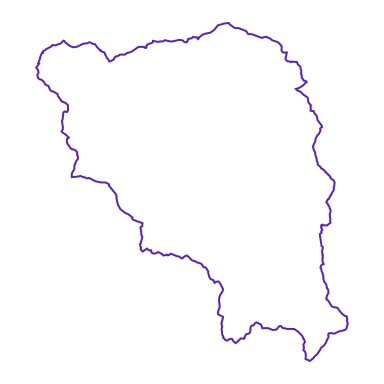 Zlatna, Alba, Romania (orthographic projection)
{"feature_id": "2599482B73731992881180", "entity_name": "Zlatna", "entity_type": "district", "adm_level": 2, "iso_a3": "ROU", "parent_name": "Romania", "parent_adm1": "Alba", "projection": "orthographic", "projection_center": [23.215, 46.13], "detail": "fine", "context": "isolated", "style": "outline", "palette": "violet", "viewbox_px": 384, "rotation_deg": 0, "n_neighbors": 0, "source": "geoboundaries", "source_scale": "gbopen_adm2", "svg_char_len": 5875}
<svg xmlns="http://www.w3.org/2000/svg" viewBox="0 0 384 384"><path d="M309.8,361.0L313.2,358.3L314.6,356.5L317.3,354.1L319.9,350.2L320.8,348.2L323.9,345.5L326.0,342.7L326.9,340.3L328.6,336.9L328.2,334.5L328.7,333.4L331.8,333.1L333.8,333.7L334.8,333.5L338.2,331.7L344.9,330.0L346.5,328.5L347.8,323.2L346.8,320.5L347.2,318.9L346.7,316.3L344.9,315.9L342.6,314.3L339.2,310.5L338.0,308.4L336.8,307.6L333.9,307.2L331.7,306.3L328.5,301.0L326.3,299.1L326.2,298.8L326.6,298.0L326.7,296.2L328.4,292.9L328.4,291.1L328.0,289.3L326.8,288.0L327.0,287.8L326.1,284.1L324.3,281.9L323.5,279.4L323.3,277.8L323.4,276.2L322.6,274.0L322.8,273.8L321.5,270.8L321.2,268.8L320.4,267.7L320.9,266.1L321.8,264.7L323.6,264.2L322.4,260.6L322.7,259.1L322.4,258.6L322.8,257.6L322.6,257.0L322.8,255.5L322.8,254.9L322.4,254.8L322.4,252.8L322.1,252.3L322.0,251.3L322.9,247.7L322.5,246.8L321.6,246.1L320.0,235.9L319.9,234.0L321.4,233.0L321.6,232.4L321.3,231.4L321.5,230.9L322.3,230.1L322.1,229.2L321.1,227.7L321.3,225.2L322.1,224.7L322.5,225.6L323.8,225.2L326.8,225.5L330.5,222.8L330.1,220.2L330.4,218.8L329.9,217.0L330.0,216.4L329.6,214.6L330.4,212.7L330.6,209.9L329.7,208.4L329.4,206.7L328.2,205.3L328.0,204.1L326.5,202.7L326.6,201.5L327.9,199.2L328.3,199.3L329.2,198.4L329.6,196.9L330.2,196.3L330.7,195.0L331.2,194.8L331.8,193.2L333.5,190.4L333.9,189.1L333.7,187.4L334.3,185.9L334.6,182.2L333.5,180.3L330.9,178.5L330.7,177.8L330.1,177.1L330.2,176.8L329.0,175.2L328.4,175.0L328.4,174.7L325.6,172.1L325.5,171.5L324.7,171.3L324.1,170.2L323.3,169.4L321.5,168.7L320.7,167.2L318.3,165.2L317.7,164.1L317.8,163.1L316.8,160.8L316.7,159.2L315.3,154.6L315.3,153.1L314.8,151.7L314.1,150.8L313.3,148.2L313.3,147.3L312.9,146.7L314.0,143.8L315.1,141.8L315.7,138.6L317.4,135.3L318.9,134.0L320.5,130.5L320.1,129.0L320.5,128.1L321.9,127.2L322.0,126.1L317.5,119.9L316.5,115.5L314.4,113.3L313.7,111.2L310.6,110.7L310.8,108.6L310.5,106.8L310.9,105.3L308.5,102.7L307.8,98.1L307.3,97.3L303.3,94.5L300.5,91.7L297.5,90.5L295.9,89.0L299.2,87.9L302.9,85.5L304.5,84.0L304.7,83.4L306.6,82.2L305.7,81.0L303.5,80.5L303.2,79.5L301.8,77.7L301.7,75.2L300.9,73.3L301.3,72.4L301.2,70.9L301.1,69.9L300.7,69.0L300.5,67.1L299.7,65.9L298.3,64.9L297.5,63.8L297.0,62.2L296.5,61.9L292.7,61.8L291.9,61.5L290.8,62.2L289.6,61.5L287.6,61.3L286.4,60.5L285.5,58.8L285.5,57.8L286.3,55.9L286.3,54.4L286.9,52.5L283.2,52.5L282.6,52.2L281.5,50.5L281.7,46.8L281.2,45.4L277.9,42.2L271.9,40.1L270.1,38.4L268.5,38.0L266.1,36.7L261.6,37.9L251.6,34.1L248.2,34.1L246.5,31.6L245.4,30.7L238.5,28.1L235.9,28.2L234.2,27.7L229.6,24.3L228.9,23.0L224.4,23.5L217.8,25.4L214.4,29.7L210.5,32.6L204.5,33.9L202.4,34.8L198.9,37.5L198.9,38.3L197.9,39.1L196.9,37.3L192.7,37.1L191.7,38.3L188.2,38.9L187.9,39.3L187.9,40.5L187.1,41.3L186.8,42.2L186.3,42.4L184.2,41.9L182.9,40.5L179.4,39.8L173.1,41.3L170.5,41.5L164.9,40.2L162.8,41.4L160.5,41.4L158.1,41.9L153.0,40.9L153.0,41.6L152.4,42.6L151.7,43.0L148.8,43.9L147.2,44.8L146.2,46.1L146.5,47.3L145.9,48.0L144.5,47.7L143.9,46.9L138.5,46.9L132.2,51.3L129.6,52.5L127.0,52.9L126.5,53.6L124.9,54.6L120.0,54.6L117.7,56.1L115.9,56.4L114.8,57.3L113.9,59.3L113.4,59.8L109.8,61.5L109.1,61.3L108.3,59.4L106.7,57.7L106.3,56.5L105.1,54.3L104.5,52.5L102.0,51.7L100.9,50.4L100.3,50.7L98.4,48.3L97.4,47.6L95.0,44.2L92.8,43.9L90.0,42.3L88.7,42.5L87.6,43.2L83.0,43.8L77.2,46.7L73.6,47.3L70.2,46.2L65.7,42.8L64.3,40.9L63.4,40.7L60.8,43.4L55.1,45.4L52.2,45.1L51.5,46.2L50.5,47.0L46.2,49.1L45.2,50.1L43.0,51.3L42.8,51.8L43.0,52.9L41.9,53.1L40.4,56.5L39.5,60.3L38.1,63.4L39.0,63.8L36.2,67.7L38.1,70.0L38.5,72.9L37.3,75.0L38.1,78.0L39.6,79.3L41.4,79.7L43.4,81.3L45.3,84.5L48.6,86.2L49.7,89.1L51.1,91.1L53.2,91.5L57.6,94.0L57.8,95.7L61.8,101.6L62.9,101.7L65.8,103.1L67.9,105.2L68.1,110.1L67.1,111.9L66.4,112.0L65.0,111.5L64.4,111.6L63.8,112.1L63.1,113.6L63.1,115.6L62.5,119.6L61.9,121.5L62.5,123.8L62.4,125.0L62.9,126.7L62.8,129.3L61.6,131.3L62.1,132.2L66.3,135.1L68.8,137.7L66.9,139.1L66.9,141.9L67.6,144.1L68.9,145.6L70.0,147.6L71.4,149.0L74.4,149.7L75.6,150.4L77.2,152.4L77.1,155.2L77.9,156.3L78.0,158.7L76.2,161.1L74.4,165.7L74.4,168.8L71.8,173.5L71.8,177.0L75.3,176.9L80.7,176.0L83.3,177.2L84.4,177.2L86.6,178.4L89.2,178.0L95.4,181.2L100.6,182.4L105.7,182.5L108.9,184.2L109.2,186.0L115.7,193.9L116.5,195.6L116.5,198.3L117.8,204.4L120.4,209.2L124.9,212.7L128.7,214.5L132.5,217.5L132.2,218.6L133.2,219.8L142.5,223.2L142.2,226.3L140.7,226.9L140.5,227.5L141.3,232.9L141.3,234.8L142.4,236.8L140.5,243.9L140.0,244.0L140.4,246.4L141.1,247.6L140.7,248.2L140.9,249.7L142.7,251.5L147.0,248.6L148.8,250.3L151.2,250.3L151.5,252.5L152.8,253.4L154.1,253.6L156.4,253.2L157.9,252.1L159.1,252.4L162.2,254.2L163.2,255.5L166.2,255.1L166.8,254.6L167.5,255.3L169.0,255.2L170.3,253.9L171.2,253.8L176.6,256.1L178.7,256.4L182.1,258.5L184.0,256.8L186.2,255.6L187.0,255.6L189.3,257.5L191.7,260.2L195.2,261.3L196.8,262.3L200.9,263.6L202.2,264.7L203.2,266.8L204.1,267.3L205.5,267.4L206.9,269.1L208.3,271.6L208.1,272.5L209.5,277.5L210.7,279.1L213.4,280.2L214.6,282.8L215.8,281.8L218.6,281.5L220.5,284.0L223.1,289.3L222.3,291.8L220.2,295.0L219.2,297.9L219.1,301.0L219.8,306.8L218.0,311.8L217.9,313.6L218.1,314.3L222.9,316.7L223.1,317.2L221.4,323.7L222.2,326.4L221.6,329.1L222.4,335.2L223.4,336.7L223.3,338.1L224.9,339.1L225.2,339.8L226.4,340.5L227.4,340.5L229.2,339.2L231.3,338.8L232.2,339.1L233.2,341.0L235.4,343.1L236.6,342.4L240.9,338.4L243.2,338.7L244.4,338.5L244.7,337.9L244.4,337.4L246.2,334.2L248.3,333.8L249.7,333.0L250.5,330.3L250.3,328.5L251.1,326.1L251.6,325.6L253.4,325.4L254.0,324.9L254.7,323.4L256.5,322.4L260.8,324.4L261.5,325.6L262.3,328.2L267.9,328.1L272.8,330.0L276.4,329.6L279.3,326.2L280.7,326.0L283.1,328.2L285.3,328.3L286.6,328.9L294.2,329.0L297.9,331.5L301.7,335.3L303.2,337.6L303.3,338.7L304.0,339.3L305.0,342.0L303.4,344.5L304.0,347.8L303.4,350.1L305.0,351.7L305.8,354.2L305.6,359.1L307.8,359.8L309.8,361.0Z" fill="none" stroke="#5b21b6" stroke-width="2"/></svg>